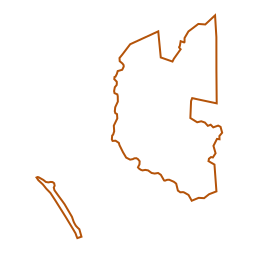 Hyde, North Carolina, United States of America, rotated 86°
{"feature_id": "52423323B51150866941712", "entity_name": "Hyde", "entity_type": "district", "adm_level": 2, "iso_a3": "USA", "parent_name": "United States of America", "parent_adm1": "North Carolina", "projection": "albers", "projection_center": [-76.165, 35.384], "detail": "fine", "context": "isolated", "style": "outline", "palette": "amber", "viewbox_px": 256, "rotation_deg": 86, "n_neighbors": 0, "source": "geoboundaries", "source_scale": "gbopen_adm2", "svg_char_len": 1890}
<svg xmlns="http://www.w3.org/2000/svg" viewBox="0 0 256 256"><g transform="rotate(86 128 128)"><path d="M21.7,33.3L30.1,43.7L29.1,50.6L35.9,61.0L42.2,65.3L46.1,65.6L46.3,65.7L46.3,65.8L46.4,66.0L46.5,66.1L45.1,69.4L49.9,70.6L50.5,71.2L50.8,71.3L51.2,71.4L51.5,71.2L53.1,70.0L62.1,77.4L64.8,79.0L59.9,90.4L33.7,91.1L44.6,120.0L54.4,128.6L57.6,131.6L60.8,131.6L63.3,129.0L64.9,128.0L66.5,128.0L69.5,129.7L70.5,134.3L73.2,135.3L75.9,136.9L76.2,137.9L78.3,138.3L81.0,136.0L82.4,136.0L84.3,136.3L86.4,138.3L90.2,139.3L92.3,139.0L93.7,136.3L95.6,136.0L101.0,136.3L106.4,139.3L110.4,140.0L112.3,139.6L113.4,138.0L117.7,138.0L124.7,142.0L130.3,142.0L133.6,143.3L134.4,144.3L138.2,144.9L139.8,144.3L139.8,141.3L142.2,138.2L144.5,137.7L151.8,134.7L157.4,131.9L159.7,128.1L159.4,125.4L158.7,123.8L158.7,121.8L159.7,120.3L162.0,118.7L165.1,119.1L167.9,120.8L169.0,120.1L170.5,118.3L171.3,116.5L171.0,113.7L171.7,110.9L174.5,107.6L175.3,104.6L175.0,101.1L177.0,98.5L182.8,95.7L183.1,94.8L182.4,92.5L182.5,90.5L184.8,86.1L185.9,84.8L186.9,83.8L193.9,82.6L195.8,80.3L195.8,77.6L196.2,76.5L199.0,72.3L205.0,69.5L202.6,62.4L203.3,57.0L199.7,51.7L197.4,44.2L170.5,44.3L166.7,50.0L164.3,49.4L162.8,47.2L163.3,45.4L159.3,42.4L151.8,44.0L145.1,40.0L145.6,37.5L142.4,37.4L139.3,34.4L133.3,35.6L131.9,37.9L133.3,42.9L130.5,45.3L131.4,48.2L127.9,50.9L126.4,54.5L127.1,58.6L122.4,65.1L105.5,63.2L102.7,61.9L109.6,37.8L77.0,35.8L43.6,33.5L22.0,33.3L21.7,33.3ZM233.2,182.0L225.6,183.6L223.8,185.3L221.8,186.9L219.1,188.2L217.5,188.8L212.7,190.1L199.6,196.6L195.7,199.0L192.4,201.1L185.0,205.7L182.2,206.2L180.5,205.2L178.0,205.5L176.7,207.0L176.4,208.9L176.7,211.2L176.1,213.7L173.9,216.1L170.9,220.6L170.6,221.6L171.0,222.7L173.8,221.1L178.3,216.9L182.9,213.7L187.4,209.9L195.1,205.6L212.5,196.3L224.6,190.1L229.4,187.7L232.3,186.9L234.3,186.2L233.2,182.0Z" fill="none" stroke="#b45309" stroke-width="2"/></g></svg>